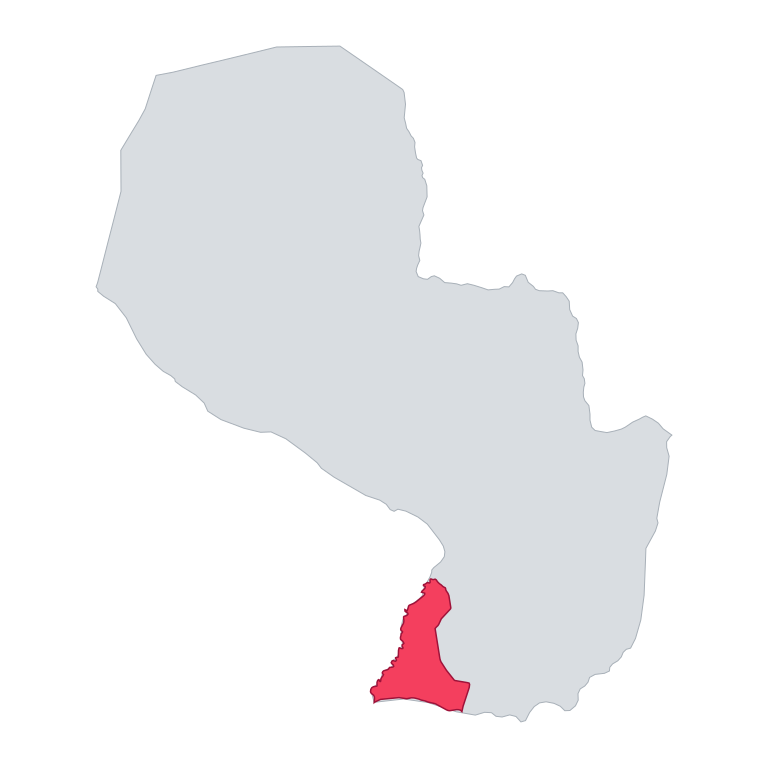 location of Ñeembucú within Paraguay
{"feature_id": "PRY-610", "entity_name": "Ñeembucú", "entity_type": "Department", "adm_level": 1, "iso_a3": "PRY", "parent_name": "Paraguay", "parent_adm1": "", "projection": "natural_earth1", "projection_center": [-58.039, -26.618], "detail": "fine", "context": "in_parent", "style": "filled", "palette": "rose", "viewbox_px": 768, "rotation_deg": 0, "n_neighbors": 0, "source": "natural_earth", "source_scale": "10m", "svg_char_len": 5733}
<svg xmlns="http://www.w3.org/2000/svg" viewBox="0 0 768 768"><path d="M404.2,117.8L405.7,123.7L406.6,128.3L408.9,131.6L411.1,135.9L413.4,138.3L415.0,142.4L414.6,146.9L415.5,152.9L416.6,158.0L417.7,159.4L421.0,160.7L422.6,165.4L421.5,167.7L421.9,170.4L423.1,173.1L422.0,175.6L422.6,177.6L424.8,179.4L426.8,185.8L427.1,196.9L424.8,202.9L423.0,207.7L422.5,210.7L423.9,215.0L421.6,220.2L418.9,226.4L419.6,230.7L420.0,234.8L420.2,239.1L420.9,243.1L420.0,247.4L419.1,251.2L418.6,255.6L419.8,260.4L417.7,265.0L416.6,268.3L416.1,271.5L418.2,276.6L423.4,278.8L427.5,279.3L431.3,276.6L434.3,275.8L439.7,278.3L444.7,282.6L451.1,283.1L456.8,283.9L461.1,285.3L467.4,283.7L474.0,285.3L481.7,287.7L488.1,289.9L494.4,289.3L499.2,289.1L504.2,286.6L508.9,286.9L512.6,282.6L514.6,278.8L516.5,276.1L521.7,273.9L525.3,275.3L528.2,282.3L533.4,286.4L535.5,289.3L539.3,290.7L547.7,291.0L552.9,290.7L558.8,292.8L562.7,292.8L566.1,296.6L569.2,301.2L569.7,309.6L572.6,316.1L576.4,318.5L578.4,322.6L577.7,328.3L575.9,333.9L576.1,340.2L578.1,345.8L578.1,351.5L579.4,357.2L582.1,362.1L583.0,369.9L582.5,375.6L584.3,378.8L584.9,383.4L583.8,387.2L583.3,392.3L583.5,396.9L584.9,400.7L588.9,405.6L590.0,414.2L590.0,420.2L591.7,427.2L595.1,430.5L600.5,431.5L606.9,432.6L614.5,431.0L621.3,429.1L625.2,427.2L632.7,422.1L639.3,419.1L642.7,417.2L645.8,415.9L652.4,419.1L658.4,423.2L663.1,428.8L671.9,435.1L670.2,436.6L666.6,441.7L666.7,447.7L669.1,456.2L666.8,474.4L659.7,502.1L656.8,518.3L658.0,522.9L655.4,531.0L645.9,548.4L645.5,560.1L644.1,595.3L640.8,620.0L635.5,638.4L630.6,648.1L626.3,649.3L623.2,652.3L621.3,656.9L617.8,660.8L612.6,663.9L609.8,667.3L609.4,671.0L604.5,673.3L595.1,674.4L589.6,677.4L588.0,682.2L584.8,686.0L580.2,688.9L578.0,693.6L578.2,700.2L575.5,705.8L569.9,710.5L564.8,710.7L560.2,706.2L553.9,703.3L546.1,701.8L539.5,702.9L534.2,706.6L529.6,712.5L525.5,720.6L520.9,721.9L516.0,716.5L509.7,714.9L502.1,717.0L496.0,716.3L491.5,712.7L484.6,712.3L475.3,715.1L456.4,711.8L427.8,702.5L403.7,699.0L374.1,702.3L371.6,692.6L373.2,687.4L378.0,683.5L381.0,679.0L382.2,674.0L385.5,670.2L390.9,667.6L393.2,664.9L392.4,662.3L393.6,659.9L396.7,657.8L398.5,654.6L398.9,650.2L400.1,648.0L402.1,646.3L402.4,643.3L401.2,633.8L401.3,626.0L402.8,619.9L404.6,616.3L405.9,615.4L407.1,613.2L407.6,609.5L409.5,606.1L419.0,599.1L422.6,595.3L422.9,591.9L424.3,587.2L429.9,577.1L431.7,572.4L431.8,570.0L433.8,567.6L440.6,562.0L444.3,556.7L444.9,551.7L443.3,546.1L439.4,539.8L427.3,524.1L417.9,517.0L405.8,511.1L397.9,509.2L394.1,511.3L390.2,509.6L386.3,504.3L379.7,500.1L365.8,495.5L334.1,477.2L321.4,468.3L317.2,462.8L305.3,453.0L285.9,438.8L271.0,431.9L260.6,432.3L243.9,428.2L221.0,419.6L207.8,411.2L204.2,403.1L195.7,395.0L182.3,386.8L175.3,381.5L174.7,378.9L170.8,375.6L163.3,371.4L155.1,364.3L146.2,354.3L136.6,338.8L126.3,317.8L115.3,303.6L103.7,296.3L97.8,291.4L97.8,289.1L96.1,286.8L97.6,282.7L101.7,266.8L107.6,243.6L113.8,219.6L121.0,191.4L120.9,171.4L120.8,150.3L131.3,132.9L138.8,120.6L145.2,108.9L151.7,88.8L156.1,75.4L173.0,72.2L201.6,65.2L215.9,61.8L246.0,54.5L276.6,47.0L308.8,46.5L339.9,46.1L364.0,62.7L382.5,75.5L402.7,89.5L404.1,92.5L405.5,104.3L404.2,117.8Z" fill="#d9dde1" stroke="#a8b0b8" stroke-width="1"/><path d="M406.7,611.3L407.3,610.4L407.9,608.7L408.6,606.0L409.3,605.2L413.7,603.4L415.9,602.0L423.8,595.6L424.7,594.3L424.7,593.2L421.5,592.2L422.1,591.0L424.4,588.9L424.9,588.2L425.2,587.3L425.2,586.4L423.6,585.8L423.4,585.2L423.6,584.6L425.1,584.1L426.5,583.2L427.4,582.5L427.6,582.6L429.3,583.0L429.6,582.9L430.0,582.6L430.1,582.3L430.1,581.7L430.0,580.3L430.1,579.6L430.2,579.3L430.5,579.0L430.8,579.0L431.2,579.0L432.5,579.5L433.0,579.6L433.4,579.6L434.9,579.2L435.3,579.2L435.7,579.5L436.3,579.9L437.2,581.3L438.1,582.4L439.6,583.8L441.2,584.9L443.0,586.6L443.7,587.0L445.1,587.7L445.4,588.0L445.6,588.6L445.7,589.4L445.9,590.1L446.3,590.9L448.0,593.4L448.9,595.7L450.8,607.6L450.7,608.5L450.4,609.0L441.3,618.8L438.7,624.4L437.9,625.6L436.5,626.9L435.1,628.5L439.9,658.7L440.3,660.1L440.9,661.7L446.5,670.4L454.3,680.2L454.8,680.5L467.2,682.6L469.1,683.1L469.6,684.4L469.2,687.6L463.1,706.2L461.9,711.6L460.8,710.5L460.2,710.1L458.7,709.7L456.7,709.6L449.8,710.7L448.1,710.5L447.6,710.3L446.6,709.9L435.6,703.9L434.8,703.6L427.9,702.0L425.0,700.9L424.9,700.9L421.9,700.2L421.0,700.0L418.9,699.1L414.9,698.1L413.6,697.9L411.5,697.8L407.4,698.6L406.4,698.7L399.0,697.6L380.5,699.4L374.5,702.2L374.2,702.5L374.2,702.4L374.5,698.4L374.4,696.7L373.5,695.1L371.8,693.8L370.9,692.8L370.5,691.7L370.8,689.4L371.8,687.7L373.4,686.7L376.8,686.1L377.1,685.2L377.0,684.0L377.0,682.5L377.2,681.8L377.4,681.1L377.7,680.5L378.1,680.0L378.8,679.6L379.2,679.9L379.3,680.5L379.3,680.8L379.4,681.0L379.9,681.4L380.4,681.5L380.7,681.1L380.8,679.7L380.9,679.2L381.1,678.5L381.7,677.4L382.9,675.8L383.5,674.6L382.5,673.6L382.3,672.6L382.9,671.5L383.9,670.7L386.9,669.9L388.4,669.2L389.0,668.2L389.7,667.4L391.3,667.3L392.8,667.1L393.7,666.3L393.3,664.9L392.0,663.9L391.2,662.7L392.1,660.9L393.2,660.5L394.4,661.0L395.6,661.2L396.5,660.1L396.2,659.4L395.7,658.5L395.6,657.7L396.7,657.3L397.5,657.3L398.0,657.2L398.3,656.8L398.5,650.4L398.8,648.9L399.1,647.9L399.4,647.8L399.7,648.1L401.8,648.6L402.7,648.5L403.0,648.0L402.8,647.3L402.4,646.6L402.1,645.9L402.1,644.9L402.3,644.7L403.5,643.8L403.9,643.2L403.6,642.8L403.0,641.6L402.5,641.0L401.0,639.8L400.6,639.3L400.4,637.9L400.6,636.7L401.0,635.4L401.1,634.0L401.4,633.4L402.3,632.6L402.5,631.7L400.9,630.1L400.7,629.0L401.1,627.7L403.4,623.4L403.7,622.2L403.9,620.8L403.6,618.2L403.6,616.9L404.1,616.3L405.2,616.1L406.8,615.4L407.9,614.4L407.9,613.3L406.9,612.5L405.8,611.9L405.0,611.1L404.9,609.6L405.5,609.9L406.1,610.2L406.5,610.7L406.7,611.3Z" fill="#f43f5e" stroke="#9f1239" stroke-width="1.5"/></svg>